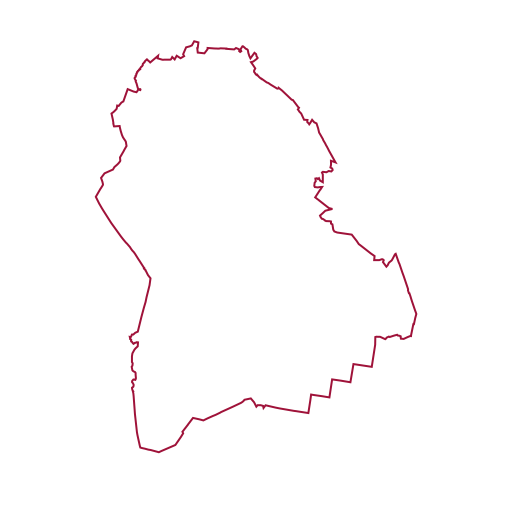 the district of Brantu pag., Smiltenes, Latvia, rotated 277°
{"feature_id": "27541924B83943898242437", "entity_name": "Brantu pag.", "entity_type": "district", "adm_level": 2, "iso_a3": "LVA", "parent_name": "Latvia", "parent_adm1": "Smiltenes", "projection": "mercator", "projection_center": [25.808, 57.37], "detail": "fine", "context": "isolated", "style": "outline", "palette": "rose", "viewbox_px": 512, "rotation_deg": 277, "n_neighbors": 0, "source": "geoboundaries", "source_scale": "gbopen_adm2", "svg_char_len": 6018}
<svg xmlns="http://www.w3.org/2000/svg" viewBox="0 0 512 512"><g transform="rotate(277 256 256)"><path d="M102.1,151.6L89.5,154.1L88.5,154.3L84.4,155.1L66.6,159.3L64.0,160.1L59.4,161.7L53.5,163.8L51.8,164.5L51.5,166.1L51.2,169.3L50.7,172.7L50.6,175.1L49.4,183.5L50.8,185.7L58.6,199.0L67.2,203.5L71.1,205.3L72.6,204.4L73.4,204.9L79.8,208.7L80.2,209.0L80.4,209.0L87.6,213.2L87.0,219.5L86.4,223.8L89.0,227.8L91.9,232.6L93.4,235.3L96.2,239.6L96.8,240.3L103.4,251.1L108.4,259.0L109.4,260.2L110.6,261.3L111.9,262.1L114.0,268.2L110.6,271.9L106.5,274.7L108.1,275.8L108.5,278.7L108.1,281.3L106.1,282.0L109.0,283.7L107.9,294.1L107.6,298.0L107.1,308.4L106.9,312.6L106.9,314.5L106.5,327.1L119.1,327.5L125.2,327.6L125.1,329.2L124.9,338.6L124.6,346.1L142.8,346.6L142.6,355.6L142.2,365.1L160.6,365.9L160.1,384.4L182.4,385.1L190.1,384.3L190.5,385.2L190.8,387.8L190.9,389.1L189.2,394.4L189.9,395.1L190.9,395.6L192.2,397.7L191.9,398.6L193.8,402.7L194.1,403.4L195.0,405.7L194.4,406.3L194.3,408.1L193.9,409.4L192.9,409.5L191.6,409.9L191.7,412.7L193.9,416.2L195.4,418.9L195.4,419.6L196.7,419.6L207.7,420.5L208.0,420.6L208.1,420.9L208.0,421.1L213.8,421.6L218.0,422.2L219.7,421.4L221.2,420.6L229.7,416.5L232.3,415.3L234.6,414.3L237.7,412.8L237.7,412.3L240.5,411.0L241.6,411.0L253.9,405.1L257.2,403.4L265.5,399.4L266.9,398.5L275.2,394.4L274.8,393.9L274.3,393.6L270.5,392.2L268.5,391.4L267.9,391.0L266.3,389.4L265.6,388.8L264.9,388.5L262.8,387.8L261.3,386.7L265.4,382.8L267.4,383.3L268.0,382.5L268.2,381.5L267.6,380.2L266.9,378.8L266.3,373.8L270.4,373.7L272.5,369.7L279.6,357.9L280.3,356.6L283.2,354.1L288.9,348.4L289.2,333.7L289.9,330.8L291.5,329.5L296.7,328.0L297.3,326.5L299.4,326.2L299.5,324.9L299.2,321.3L299.6,320.3L299.6,320.2L299.8,320.1L300.0,319.7L300.8,318.2L300.9,317.7L301.0,316.8L302.5,315.4L303.9,314.6L306.5,316.9L309.4,319.3L312.0,326.1L312.5,322.4L321.4,307.6L329.2,311.4L329.7,311.8L332.6,313.2L332.2,311.0L331.6,308.9L331.6,306.0L332.7,305.3L335.9,305.3L337.4,306.2L340.1,305.5L340.6,307.0L339.9,308.0L340.9,309.0L338.7,310.3L337.4,313.3L345.0,312.4L346.9,311.3L347.7,312.1L347.7,315.7L349.2,317.8L349.1,320.5L350.7,321.6L352.1,321.0L352.9,319.1L354.8,319.3L356.1,319.3L359.6,318.8L359.0,321.8L358.6,323.5L369.4,315.6L370.5,314.9L373.4,312.9L373.5,312.8L374.8,311.8L376.1,311.0L379.2,308.6L380.1,308.2L384.4,305.0L386.2,303.6L390.3,302.1L395.0,299.9L395.8,297.5L398.0,295.1L394.4,293.5L393.2,292.8L394.1,292.1L395.0,290.7L395.6,290.5L397.3,290.5L397.1,287.1L402.9,283.5L404.6,281.4L406.0,280.3L406.5,279.7L408.4,280.6L408.9,279.8L415.3,273.6L415.5,272.3L423.4,261.7L425.6,258.1L425.1,258.1L424.7,256.7L428.0,249.4L429.2,247.2L429.6,245.5L432.6,240.0L432.4,239.9L433.3,238.3L434.0,237.3L435.9,235.2L435.5,235.1L436.2,233.7L437.6,232.6L438.5,231.7L439.5,231.5L440.3,231.7L442.1,232.4L444.7,230.2L447.8,227.4L448.7,229.6L451.7,232.7L452.8,233.5L454.4,232.2L456.4,231.5L457.5,229.7L451.5,226.4L453.5,225.1L456.7,223.6L457.9,223.3L459.5,222.7L460.1,221.9L460.5,220.5L461.6,219.1L462.6,217.4L462.5,217.0L459.2,215.4L457.5,216.4L456.6,215.4L457.4,214.3L458.4,214.6L459.2,213.7L460.0,210.8L458.4,209.2L458.0,201.3L458.3,201.3L457.8,195.4L457.3,193.9L456.9,189.2L456.6,182.6L455.3,182.7L450.9,180.1L450.8,173.4L454.9,172.4L454.9,172.7L455.7,172.8L461.0,172.8L461.1,172.2L461.6,168.5L457.2,166.7L456.4,165.3L456.1,164.9L454.6,161.2L447.4,159.1L445.6,160.3L443.1,157.0L445.1,152.9L442.7,151.9L441.2,151.3L443.3,148.6L441.0,147.7L440.5,147.3L439.4,139.1L440.2,134.3L442.8,134.4L435.2,127.4L436.2,126.2L437.1,124.7L437.7,124.2L437.9,123.8L437.8,123.7L437.7,123.5L436.9,123.0L436.3,122.4L435.9,122.1L435.5,122.0L435.3,122.0L434.6,121.4L434.4,121.5L434.1,121.2L433.8,121.0L433.0,120.3L432.3,120.3L431.7,120.2L431.6,120.3L430.5,119.8L430.0,119.3L429.6,118.9L427.8,118.0L427.5,118.0L427.4,118.1L427.2,117.8L427.0,117.5L426.8,117.7L426.6,117.4L425.8,117.0L425.4,116.3L424.6,116.2L424.4,115.7L423.8,115.4L422.9,115.5L422.2,115.0L421.4,115.2L420.9,115.0L420.4,114.5L419.7,114.5L419.4,114.8L419.1,114.7L418.5,114.1L417.8,113.8L417.2,114.0L415.4,115.4L415.1,115.2L414.4,115.4L412.7,116.4L408.3,118.2L407.7,118.8L407.4,119.4L407.3,120.1L407.5,120.8L407.3,121.0L406.6,120.9L406.9,118.7L405.3,118.2L404.0,117.4L404.3,114.5L406.0,108.3L393.2,105.5L392.8,104.8L391.7,103.6L388.2,101.4L388.4,99.9L385.7,99.8L385.0,99.7L383.1,98.3L381.5,97.0L379.8,95.2L373.9,97.3L370.4,98.3L370.1,98.2L367.4,99.2L367.3,99.3L368.4,104.8L366.5,105.4L363.6,106.5L361.8,107.3L359.8,108.2L357.6,109.5L355.7,111.1L354.5,112.2L353.5,112.9L349.4,114.1L348.5,113.7L345.2,112.3L343.8,111.8L337.3,109.0L334.0,109.7L333.3,109.5L331.5,108.4L330.0,107.3L327.0,104.6L324.4,103.5L319.6,95.6L314.6,92.7L311.0,94.5L308.5,95.4L307.6,95.3L304.4,93.8L303.7,93.4L295.2,89.8L289.0,93.9L284.9,97.0L282.4,99.0L272.2,107.4L271.0,108.4L258.8,119.7L256.3,122.2L253.4,125.3L252.6,126.4L249.5,129.8L247.9,131.1L246.4,132.5L245.0,134.2L243.5,135.6L238.2,139.9L237.2,140.8L230.7,146.2L230.6,146.4L230.0,146.2L229.7,146.4L229.6,146.8L229.4,147.2L228.9,147.5L228.8,147.9L228.1,148.2L228.1,148.3L223.9,151.1L221.0,154.0L214.0,153.9L201.9,152.4L196.9,152.0L190.8,151.0L181.6,149.7L166.5,147.9L165.1,145.5L163.1,143.8L162.9,142.4L161.3,142.0L160.2,141.5L160.3,140.6L159.2,141.0L158.2,141.2L157.9,142.1L157.5,142.4L156.6,142.3L156.0,142.5L155.7,143.1L155.5,143.6L155.0,143.9L154.1,144.8L153.9,145.2L155.0,146.2L155.2,147.2L155.4,147.5L155.7,147.7L155.8,147.9L155.9,148.1L155.9,148.5L155.9,149.0L155.9,149.4L152.1,149.6L151.9,149.6L149.8,147.8L148.3,146.8L144.3,145.2L141.3,145.1L135.6,145.8L134.6,146.6L134.1,146.7L132.1,146.7L130.9,146.1L127.6,147.2L127.3,147.4L126.8,148.1L126.3,149.2L126.1,150.0L125.5,150.6L125.0,150.8L124.0,150.9L122.9,151.1L121.5,151.4L120.1,151.7L119.4,151.6L118.7,151.5L118.3,151.2L118.6,150.1L118.5,149.5L118.4,149.3L116.8,148.3L116.1,148.3L115.6,148.4L114.8,149.3L113.4,150.2L112.5,150.3L112.1,150.3L111.2,150.1L110.5,149.3L110.2,149.0L109.9,149.0L108.6,149.4L107.5,149.9L107.0,150.4L106.9,150.2L104.7,151.0L102.1,151.6Z" fill="none" stroke="#9f1239" stroke-width="2"/></g></svg>